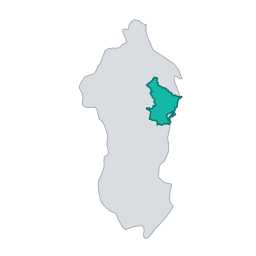 location of Fier within Albania, rotated 185°
{"feature_id": "ALB-1495", "entity_name": "Fier", "entity_type": "County", "adm_level": 1, "iso_a3": "ALB", "parent_name": "Albania", "parent_adm1": "", "projection": "robinson", "projection_center": [19.627, 40.746], "detail": "fine", "context": "in_parent", "style": "filled", "palette": "teal", "viewbox_px": 256, "rotation_deg": 185, "n_neighbors": 0, "source": "natural_earth", "source_scale": "10m", "svg_char_len": 4648}
<svg xmlns="http://www.w3.org/2000/svg" viewBox="0 0 256 256"><g transform="rotate(185 128 128)"><path d="M79.7,75.9L79.9,72.3L80.8,66.6L80.3,64.7L80.8,61.4L79.0,57.0L76.1,53.9L78.9,48.3L83.1,41.6L87.0,36.3L91.6,30.8L94.8,25.4L98.1,20.9L101.0,19.5L102.4,20.4L103.2,22.4L103.0,28.4L104.0,30.4L106.0,31.9L110.2,31.2L114.8,29.7L121.1,26.6L122.2,26.8L124.5,28.4L129.4,35.6L132.6,41.8L139.0,44.0L142.5,46.5L147.1,50.2L149.3,54.0L152.4,65.4L152.8,72.4L151.9,75.5L151.1,76.4L148.4,87.7L149.1,93.4L149.1,97.2L146.7,98.7L145.1,101.1L147.7,110.5L147.4,114.5L147.5,119.1L152.2,129.6L155.0,132.8L157.5,134.3L160.7,144.0L162.6,145.7L170.2,144.8L174.0,145.8L175.5,148.1L175.9,149.7L175.4,155.1L177.3,159.3L179.9,163.5L179.9,166.2L178.2,170.4L175.2,175.4L171.1,177.3L166.6,179.0L164.5,182.9L163.4,187.0L161.4,190.0L160.2,193.4L158.3,200.2L157.9,202.7L154.9,205.2L150.1,206.3L145.9,206.5L143.0,207.6L141.6,210.0L138.9,211.9L137.3,212.7L137.3,214.8L139.3,219.2L141.5,222.8L141.6,225.6L140.5,226.4L137.0,226.1L136.3,227.1L135.9,230.3L135.0,233.0L133.6,234.7L131.1,236.5L126.6,235.9L122.3,233.2L120.1,232.4L118.8,232.4L118.5,225.8L116.6,220.6L109.9,208.1L88.0,196.0L82.9,190.6L80.6,186.1L78.4,181.8L80.5,181.6L82.7,182.7L85.4,184.0L86.5,181.9L85.3,177.2L79.7,166.2L79.3,163.2L82.1,154.0L86.7,143.6L86.4,131.1L87.8,121.7L86.2,115.6L85.5,108.1L88.8,98.1L91.7,95.6L93.5,92.4L93.6,81.8L87.1,76.8L79.7,75.9Z" fill="#d9dde1" stroke="#a8b0b8" stroke-width="1"/><path d="M77.3,164.0L77.3,163.9L77.6,163.1L78.4,162.4L79.4,161.7L80.1,161.0L80.7,159.8L80.9,158.6L81.0,154.3L81.2,153.1L81.7,152.4L82.8,152.1L83.4,151.8L83.3,151.2L82.8,150.5L82.6,150.0L82.9,149.5L83.3,148.9L83.7,148.4L83.9,148.3L83.4,147.5L82.5,146.4L81.9,145.5L82.4,145.1L83.3,144.7L84.5,143.2L85.5,142.5L84.6,143.4L85.1,145.1L84.6,146.5L84.6,148.1L85.1,148.1L85.3,147.0L85.3,147.3L85.3,147.5L85.4,148.1L86.2,147.1L89.3,145.7L90.3,144.6L90.4,142.8L89.8,141.4L89.0,140.0L88.7,138.6L88.5,140.5L87.8,142.2L86.2,144.3L86.2,144.0L85.9,143.6L86.5,143.0L87.2,141.9L87.6,140.6L87.5,139.1L87.2,138.8L86.2,138.4L85.9,138.1L86.5,136.6L86.8,136.4L87.0,136.4L87.3,136.2L87.3,135.8L87.1,135.4L87.5,135.3L88.0,135.5L88.4,136.2L88.8,136.3L89.0,136.2L89.3,135.9L89.6,135.5L89.9,135.3L90.2,135.2L90.4,135.3L90.7,135.4L91.6,135.4L92.2,135.4L92.7,135.1L93.7,134.3L94.3,134.0L94.7,133.8L94.9,133.8L95.4,134.0L95.8,134.1L96.0,134.3L96.6,134.3L96.8,134.4L96.9,134.5L97.2,134.5L97.5,134.4L98.6,133.8L98.9,133.7L99.0,133.7L99.1,133.8L99.3,134.0L99.2,134.2L99.1,134.7L99.0,135.2L99.0,135.4L99.1,135.9L99.4,136.6L99.9,137.2L100.8,137.6L102.2,138.0L104.3,137.9L104.9,138.0L105.5,138.4L106.0,138.6L106.4,138.6L106.7,138.6L107.5,138.9L107.4,140.2L106.9,141.1L106.9,141.3L107.0,143.1L107.0,143.4L106.8,144.7L106.8,145.1L106.8,145.5L106.9,146.0L107.5,147.0L108.0,147.5L108.4,147.7L110.7,148.3L111.0,148.7L111.1,148.9L111.2,149.2L111.0,149.5L110.9,149.7L109.0,149.6L108.3,149.8L108.0,149.4L107.8,149.1L107.6,148.9L106.8,149.2L105.9,149.5L105.5,149.7L105.2,149.9L105.1,150.3L104.8,150.7L104.8,150.9L104.8,151.1L104.9,151.3L104.7,151.6L104.6,151.9L104.7,152.1L104.7,152.4L104.4,152.5L104.1,152.4L102.7,152.4L102.6,153.2L102.6,153.5L102.8,154.1L103.1,154.7L104.2,156.0L104.4,156.5L104.4,157.2L104.1,157.9L104.0,158.2L104.0,158.5L104.1,159.0L104.2,159.3L104.4,159.6L105.2,160.0L105.7,160.2L106.2,160.5L106.5,160.7L106.9,162.2L108.5,164.0L108.8,164.5L108.7,165.2L108.2,165.6L107.7,166.0L107.3,166.2L107.2,166.3L107.3,166.3L107.6,166.4L107.9,166.6L108.2,167.0L109.0,169.3L109.7,170.1L111.1,171.0L111.9,171.2L112.5,171.6L112.7,171.8L113.0,173.0L112.2,173.2L111.9,173.3L111.6,173.6L111.2,174.3L110.8,174.8L110.5,175.2L108.7,176.6L108.3,177.1L106.6,180.3L106.3,180.6L106.2,180.8L105.4,180.6L104.6,180.4L104.0,180.5L103.5,180.4L103.2,180.1L103.1,179.8L103.1,179.5L103.2,179.2L103.2,178.9L103.3,178.5L103.1,177.7L103.1,177.3L103.2,176.5L103.2,176.1L103.1,175.9L102.9,175.7L102.0,175.6L101.9,175.5L101.9,175.3L102.0,175.2L102.1,174.9L102.2,174.6L102.1,173.9L101.9,173.6L101.5,173.1L101.3,173.0L101.0,172.9L100.9,173.0L100.7,173.0L100.3,172.9L99.9,172.6L99.6,172.4L99.3,172.4L99.1,172.4L98.9,172.4L98.5,172.2L96.8,171.1L95.7,171.1L94.9,171.0L94.5,170.8L93.9,170.8L93.6,170.7L93.4,170.6L93.2,169.9L93.1,169.6L93.1,169.4L93.0,169.2L92.7,169.2L92.4,169.2L92.0,169.3L91.6,169.3L91.3,169.2L91.2,168.9L91.1,168.7L91.1,168.3L90.9,168.1L90.6,167.9L89.2,167.2L88.6,167.1L88.1,167.0L87.8,166.9L87.6,166.5L87.7,166.2L87.4,165.7L86.7,165.3L86.4,165.1L86.1,164.8L86.1,164.6L86.1,164.4L86.1,164.2L85.7,164.1L84.3,164.7L83.7,164.8L82.8,164.2L81.5,163.8L80.7,163.6L79.8,163.5L78.8,163.8L77.4,164.0L77.3,164.0Z" fill="#14b8a6" stroke="#0f766e" stroke-width="1.5"/></g></svg>